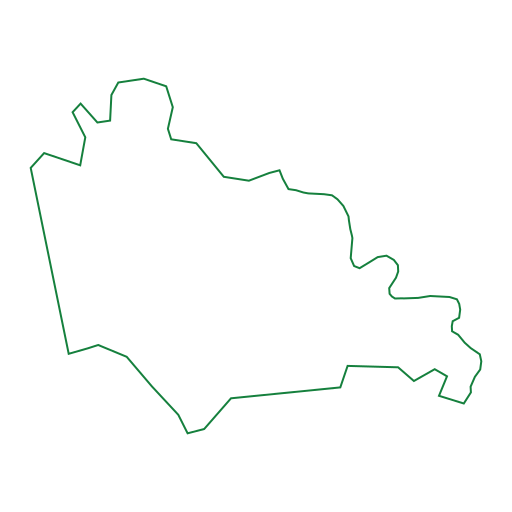 Saykhunabad, Sirdaryo, Uzbekistan
{"feature_id": "79887680B2941590396585", "entity_name": "Saykhunabad", "entity_type": "district", "adm_level": 2, "iso_a3": "UZB", "parent_name": "Uzbekistan", "parent_adm1": "Sirdaryo", "projection": "orthographic", "projection_center": [68.922, 40.647], "detail": "fine", "context": "isolated", "style": "outline", "palette": "green", "viewbox_px": 512, "rotation_deg": 0, "n_neighbors": 0, "source": "geoboundaries", "source_scale": "gbopen_adm2", "svg_char_len": 1168}
<svg xmlns="http://www.w3.org/2000/svg" viewBox="0 0 512 512"><path d="M87.9,348.3L98.2,345.0L126.7,356.8L151.9,386.4L178.3,414.8L187.6,433.3L204.2,429.0L231.0,398.3L340.3,387.4L347.6,365.9L398.1,367.3L413.9,381.0L434.7,369.2L447.0,376.3L439.0,395.8L463.8,403.5L470.9,392.4L470.6,386.7L474.9,376.8L480.2,369.5L481.3,361.3L479.8,354.3L470.7,348.1L464.7,342.7L458.2,334.8L452.1,331.3L451.8,326.2L452.7,321.2L459.1,317.8L460.2,309.6L459.2,303.9L456.9,299.3L449.5,297.0L430.2,296.0L418.2,297.9L403.8,298.4L401.9,298.3L395.0,298.5L391.9,296.5L389.6,293.8L389.2,288.1L396.0,277.7L398.2,271.5L397.9,265.2L393.8,259.9L386.5,255.7L377.7,257.1L370.1,261.8L359.6,268.2L356.3,266.9L354.1,266.0L350.7,258.2L352.4,238.1L351.9,235.5L350.3,229.1L348.9,220.2L348.5,216.4L343.4,206.0L337.5,199.3L332.0,195.3L324.0,194.2L308.3,193.4L303.4,192.5L296.0,190.2L288.5,189.1L282.8,178.7L279.5,170.3L269.2,173.0L248.9,180.7L223.8,176.8L196.3,143.2L171.2,139.3L167.9,128.8L172.8,107.2L166.2,86.3L143.8,78.7L118.3,82.5L111.4,95.0L110.1,120.6L97.4,122.5L80.6,103.6L72.6,112.2L85.3,137.3L80.2,165.3L44.1,153.1L30.7,167.9L68.7,353.8L87.9,348.3Z" fill="none" stroke="#15803d" stroke-width="2"/></svg>